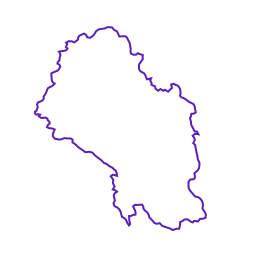 the district of Bananal, São Paulo, Brazil, rotated 282°
{"feature_id": "56859067B2046202210866", "entity_name": "Bananal", "entity_type": "district", "adm_level": 2, "iso_a3": "BRA", "parent_name": "Brazil", "parent_adm1": "São Paulo", "projection": "robinson", "projection_center": [-44.342, -22.736], "detail": "fine", "context": "isolated", "style": "outline", "palette": "violet", "viewbox_px": 256, "rotation_deg": 282, "n_neighbors": 0, "source": "geoboundaries", "source_scale": "gbopen_adm2", "svg_char_len": 3562}
<svg xmlns="http://www.w3.org/2000/svg" viewBox="0 0 256 256"><g transform="rotate(282 128 128)"><path d="M138.9,196.2L138.6,193.8L144.4,189.1L146.7,188.5L148.8,187.5L150.5,186.6L152.7,187.2L155.0,186.9L155.8,189.4L157.1,191.0L159.0,190.4L160.5,189.6L162.5,189.0L164.8,187.4L165.7,184.6L166.2,182.2L167.1,180.5L168.2,178.1L168.9,176.2L169.1,173.8L170.4,172.1L172.5,172.3L174.8,171.6L177.0,170.9L178.6,169.4L179.9,167.6L180.0,165.7L180.8,163.6L179.5,161.2L176.3,162.7L174.3,161.2L171.9,159.7L173.1,156.1L171.7,154.8L172.9,151.6L170.7,149.8L172.2,146.7L174.4,145.7L175.1,142.0L177.1,141.6L179.3,139.8L181.4,140.2L180.4,138.4L179.6,136.4L181.3,135.2L183.6,133.7L185.2,131.7L185.6,129.4L186.6,127.7L188.0,126.6L190.3,125.9L192.4,125.6L198.6,128.2L200.3,127.5L202.5,127.3L202.7,124.1L203.3,122.2L201.4,120.7L200.8,117.9L201.5,115.3L204.0,114.4L206.4,114.1L208.1,113.3L210.3,112.6L212.4,111.3L214.0,109.9L216.0,108.4L217.1,106.8L216.9,104.9L216.2,102.4L215.8,100.3L218.0,98.9L220.2,97.2L221.1,94.0L223.1,91.4L222.4,87.0L220.6,84.7L219.8,82.5L219.1,80.4L218.3,78.8L216.0,76.6L213.8,76.0L212.2,75.3L210.3,74.1L208.3,72.1L208.2,69.3L210.3,67.7L211.2,65.4L209.9,63.5L208.1,61.2L206.0,60.4L204.2,60.8L200.5,57.6L201.1,55.2L200.5,51.8L198.6,49.7L197.5,51.1L194.3,50.5L193.1,52.3L191.1,51.2L189.8,48.6L189.2,46.3L188.2,44.6L186.8,46.0L185.1,46.8L182.8,46.5L179.7,46.9L177.9,45.6L176.3,45.6L175.8,47.4L174.5,48.9L171.6,48.4L169.7,47.4L168.6,45.9L167.1,43.7L165.4,41.6L163.1,42.3L159.2,43.4L157.0,44.9L156.2,47.0L154.4,46.1L152.6,44.2L150.6,41.6L148.4,40.9L145.9,40.6L143.4,39.9L141.3,38.9L139.1,39.5L137.0,38.5L135.9,37.1L134.4,34.7L132.2,34.1L129.4,35.5L127.7,35.1L126.0,35.0L124.6,33.6L122.9,34.0L122.0,35.7L122.8,37.3L122.8,39.2L120.9,38.4L119.8,41.0L120.3,43.1L121.0,44.8L120.5,47.2L119.0,47.8L118.0,49.7L116.2,50.5L114.4,49.1L112.1,48.5L111.4,50.7L111.8,54.1L111.3,56.6L109.7,56.3L108.1,56.0L105.8,55.8L104.0,56.5L102.2,58.8L102.3,61.0L102.4,63.1L103.1,65.2L104.8,67.7L105.2,70.5L105.8,74.6L105.0,76.3L102.4,76.7L101.1,79.8L99.2,82.9L97.8,85.9L96.9,88.4L95.5,91.2L96.7,95.4L96.6,98.2L94.5,101.2L93.0,104.1L91.5,107.5L90.6,109.2L88.8,111.8L88.4,114.4L86.9,117.5L86.4,119.3L85.7,121.3L84.6,122.9L83.8,124.7L81.3,126.4L78.9,127.2L79.2,125.0L79.1,122.8L77.2,121.2L74.2,124.4L70.9,124.7L67.9,127.1L64.7,125.9L64.5,128.1L63.4,130.5L61.5,128.7L59.3,128.0L56.6,129.2L54.4,130.3L52.3,129.6L50.5,129.8L48.8,131.0L48.0,134.1L46.6,136.5L44.1,138.5L41.8,139.6L39.9,140.5L39.1,143.2L38.0,145.0L35.1,147.0L32.9,149.2L34.5,150.1L36.4,149.2L38.1,148.4L42.1,147.4L42.6,149.2L44.0,151.0L44.8,153.3L46.9,153.0L49.0,151.9L50.5,150.7L52.3,149.3L54.1,150.5L54.7,153.1L55.3,155.2L56.0,157.7L54.5,159.2L52.4,159.9L50.8,161.7L50.0,163.4L48.7,165.2L46.8,166.6L44.9,167.5L43.8,169.4L40.6,173.7L40.2,175.8L41.5,178.8L39.4,181.8L38.9,185.7L38.7,187.7L38.3,190.6L37.5,193.1L39.5,196.3L40.1,199.0L41.9,199.0L43.5,199.2L46.7,198.5L48.1,200.4L49.9,201.8L50.8,203.9L50.9,205.7L49.5,208.6L49.1,211.0L50.8,211.9L51.2,216.0L54.1,217.3L54.5,219.4L56.2,222.4L58.0,222.4L59.7,222.1L61.7,220.6L64.5,217.7L66.1,217.5L68.1,217.4L70.7,216.4L72.3,215.2L73.7,213.7L74.9,211.2L75.0,207.7L76.2,206.2L77.3,204.8L79.0,202.5L80.9,200.5L83.5,199.2L85.3,199.0L87.6,198.3L90.6,199.7L91.6,203.0L93.1,203.7L95.0,203.4L97.6,202.3L100.4,204.6L103.3,205.8L104.9,205.7L108.1,205.4L109.9,204.4L111.2,203.2L112.8,202.5L115.2,201.6L118.1,200.2L120.2,199.3L122.1,198.6L123.7,197.8L125.4,197.3L126.7,195.0L130.4,195.8L132.2,194.8L133.9,192.9L136.3,194.8L136.5,198.2L138.9,196.2Z" fill="none" stroke="#5b21b6" stroke-width="2"/></g></svg>